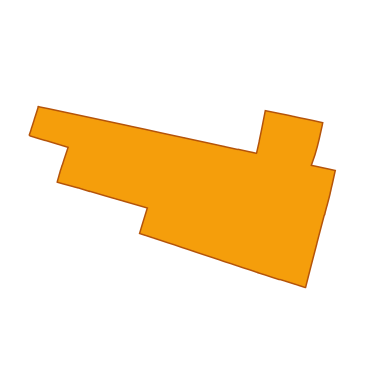 Valea Macrisului, Ialomita, Romania (orthographic projection), rotated 256°
{"feature_id": "2599482B8217368886513", "entity_name": "Valea Macrisului", "entity_type": "district", "adm_level": 2, "iso_a3": "ROU", "parent_name": "Romania", "parent_adm1": "Ialomita", "projection": "orthographic", "projection_center": [26.849, 44.758], "detail": "fine", "context": "isolated", "style": "filled", "palette": "amber", "viewbox_px": 384, "rotation_deg": 256, "n_neighbors": 0, "source": "geoboundaries", "source_scale": "gbopen_adm2", "svg_char_len": 2026}
<svg xmlns="http://www.w3.org/2000/svg" viewBox="0 0 384 384"><g transform="rotate(256 192 192)"><path d="M162.1,328.1L166.1,330.2L178.2,336.2L181.7,329.2L183.3,325.9L186.7,319.0L188.2,315.9L188.9,314.3L189.0,314.2L189.4,314.5L192.2,316.3L198.0,320.1L205.8,324.6L212.6,328.2L214.8,329.3L224.4,334.1L227.6,335.6L231.9,327.1L235.8,319.0L237.7,314.9L240.2,309.9L240.3,309.8L241.1,308.0L241.8,306.7L243.3,303.7L245.1,299.9L246.5,296.9L253.2,282.8L235.7,274.6L225.3,269.6L225.1,269.6L214.2,264.1L214.0,263.8L222.2,247.2L222.3,246.4L235.7,219.4L256.5,177.0L259.4,171.2L263.9,162.2L269.9,149.9L270.0,149.6L270.8,148.1L273.9,141.8L277.9,133.6L303.3,81.6L307.7,72.6L311.4,64.7L311.8,64.1L312.1,63.6L312.1,63.4L310.9,62.9L310.4,62.6L306.5,60.2L303.6,58.4L301.4,57.0L299.8,56.1L296.9,54.3L294.0,52.5L293.3,52.0L290.2,50.2L287.8,48.6L287.7,48.6L287.2,48.3L286.8,48.0L286.7,47.9L285.8,48.3L285.5,48.6L280.6,56.7L277.5,62.0L277.3,62.6L271.3,72.6L265.3,82.6L254.6,75.8L249.7,72.8L249.3,72.4L246.0,70.4L244.8,69.6L241.8,67.9L241.5,67.7L238.3,65.9L235.2,64.1L234.8,63.9L234.2,63.6L233.9,64.0L231.4,68.3L225.9,78.2L225.4,79.0L224.6,80.5L223.7,82.1L223.8,82.2L221.3,86.2L217.5,92.4L217.7,92.5L213.0,100.5L209.4,106.6L205.4,113.5L196.4,129.1L187.3,144.8L171.2,135.1L165.8,131.9L164.4,131.1L152.4,150.3L148.7,156.1L145.1,162.0L142.2,166.4L140.5,169.0L139.4,170.8L137.6,173.7L132.7,181.3L130.1,185.4L126.2,191.6L122.9,196.9L120.6,200.5L120.4,200.9L117.2,205.7L116.0,207.6L115.5,208.4L115.1,209.1L112.8,212.9L111.2,215.3L110.6,216.3L109.9,217.3L109.0,218.8L106.7,222.3L104.8,225.4L103.8,227.1L101.8,230.3L100.2,232.8L98.9,234.7L97.8,236.6L97.6,236.5L96.6,238.3L95.6,239.9L94.0,242.6L89.4,249.8L87.5,252.9L86.3,254.8L86.1,255.1L85.8,255.9L85.6,256.6L78.8,267.7L71.9,278.8L71.9,279.1L92.0,289.9L111.6,300.6L111.9,300.7L124.2,307.4L137.5,314.7L137.8,315.2L140.6,316.6L142.2,317.5L143.7,318.3L145.3,319.2L146.6,320.0L148.3,320.9L153.2,323.6L157.0,325.6L157.9,326.0L160.0,327.1L162.1,328.1Z" fill="#f59e0b" stroke="#b45309" stroke-width="1.5"/></g></svg>